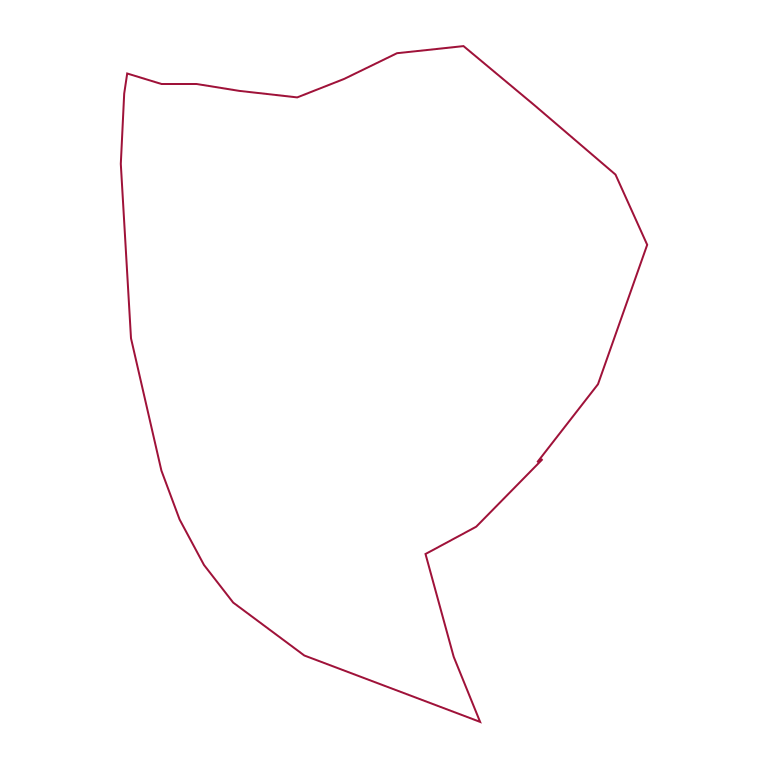 Paramaribo, Natural Earth projection
{"feature_id": "SUR-72", "entity_name": "Paramaribo", "entity_type": "District", "adm_level": 1, "iso_a3": "SUR", "parent_name": "Suriname", "parent_adm1": "", "projection": "natural_earth1", "projection_center": [-55.178, 5.837], "detail": "fine", "context": "isolated", "style": "outline", "palette": "rose", "viewbox_px": 768, "rotation_deg": 0, "n_neighbors": 0, "source": "natural_earth", "source_scale": "10m", "svg_char_len": 441}
<svg xmlns="http://www.w3.org/2000/svg" viewBox="0 0 768 768"><path d="M127.2,73.5L161.5,84.0L196.5,84.0L239.4,90.9L297.2,97.4L344.2,78.9L397.0,53.2L463.5,46.1L533.8,104.7L615.5,174.6L647.2,244.8L598.0,384.2L537.3,462.2L542.5,459.2L476.2,526.7L425.5,554.0L453.7,656.8L480.1,721.9L304.3,655.5L233.2,602.6L204.0,565.0L179.6,519.5L161.4,470.6L131.0,338.3L120.8,163.9L124.2,93.6L127.2,73.5Z" fill="none" stroke="#9f1239" stroke-width="2"/></svg>